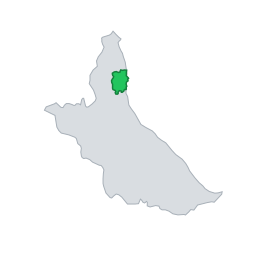 where Cantemir sits in Moldova, rotated 167°
{"feature_id": "MDA-1631", "entity_name": "Cantemir", "entity_type": "District", "adm_level": 1, "iso_a3": "MDA", "parent_name": "Moldova", "parent_adm1": "", "projection": "mercator", "projection_center": [28.284, 46.256], "detail": "fine", "context": "in_parent", "style": "filled", "palette": "green", "viewbox_px": 256, "rotation_deg": 167, "n_neighbors": 0, "source": "natural_earth", "source_scale": "10m", "svg_char_len": 2734}
<svg xmlns="http://www.w3.org/2000/svg" viewBox="0 0 256 256"><g transform="rotate(167 128 128)"><path d="M50.6,44.7L51.6,42.4L60.7,36.3L63.0,37.3L67.8,37.5L77.5,37.3L82.3,33.2L85.2,34.4L87.6,32.6L91.6,30.3L92.2,30.7L92.7,31.1L98.9,32.1L103.6,34.3L106.7,37.7L109.9,39.8L113.2,40.6L115.0,42.3L115.4,44.9L118.5,46.2L124.3,46.1L126.8,47.8L125.9,51.2L126.5,52.3L128.6,51.2L130.1,52.2L131.0,54.7L131.9,55.9L134.8,51.9L138.0,52.3L145.6,54.0L149.6,62.1L152.1,65.1L154.4,66.3L157.2,65.0L159.6,63.5L161.1,64.2L164.1,69.6L164.8,76.6L164.8,79.5L163.7,84.3L162.2,89.3L160.9,92.6L161.5,95.3L162.6,97.5L164.4,98.2L170.2,102.7L172.4,105.8L175.6,108.1L178.0,108.2L179.3,109.5L179.7,111.1L179.4,115.1L178.0,118.8L178.2,121.2L180.4,124.0L180.6,127.3L180.7,129.4L181.9,131.0L187.2,134.6L194.2,138.1L196.0,141.1L197.1,144.9L196.7,151.2L196.3,156.7L205.4,164.1L204.3,165.5L202.9,167.0L194.2,168.1L192.4,168.8L188.7,163.2L186.7,162.5L184.8,164.5L182.6,165.7L180.0,165.1L177.2,163.4L175.7,162.2L174.6,162.0L172.8,163.2L170.5,162.7L169.0,161.3L166.7,166.1L165.4,167.1L164.5,166.9L164.4,158.9L163.7,157.7L162.0,157.5L157.7,159.4L153.7,161.9L152.3,164.1L152.5,168.0L153.1,172.7L155.8,179.9L154.3,183.0L153.2,187.9L148.9,192.4L144.0,195.0L143.6,200.4L140.9,204.1L136.3,207.8L133.1,212.2L133.9,215.2L134.1,218.1L133.6,220.0L133.5,221.5L132.2,222.2L125.2,222.7L123.1,223.6L120.8,225.7L118.6,221.8L116.4,218.3L114.8,216.4L115.5,215.5L117.2,214.6L118.5,213.4L118.4,209.2L117.4,204.4L116.6,202.1L116.5,198.5L115.9,192.8L116.7,182.3L120.3,169.0L122.2,162.3L121.3,158.7L122.0,150.2L120.5,146.0L118.1,140.5L114.6,128.5L110.3,124.3L105.0,119.7L102.8,116.2L101.3,112.3L98.1,108.5L94.5,105.0L90.2,96.2L87.9,92.2L87.2,91.1L82.3,85.5L79.7,80.4L78.4,76.2L77.6,72.3L74.1,64.5L71.0,58.7L68.0,54.6L66.6,51.6L63.1,47.9L58.1,45.0L54.8,44.5L50.6,44.7Z" fill="#d9dde1" stroke="#a8b0b8" stroke-width="1"/><path d="M116.3,184.6L117.1,182.5L117.4,180.9L117.9,179.4L117.7,178.9L117.5,178.4L117.2,178.1L116.4,176.7L116.3,176.2L116.8,175.9L117.3,175.8L117.4,175.5L117.3,174.4L117.4,173.9L117.9,173.7L118.4,173.6L118.8,173.3L119.3,172.8L119.9,171.5L120.0,171.3L119.9,170.5L119.8,169.2L119.9,168.7L120.4,168.5L120.6,168.3L120.9,166.3L121.2,166.0L121.5,165.9L121.6,166.0L122.4,166.3L123.3,165.8L123.9,164.8L124.8,164.5L125.6,164.1L126.4,164.3L126.3,164.9L126.4,165.6L128.1,166.3L129.6,165.1L129.8,163.9L130.4,163.4L131.3,163.5L132.3,163.9L132.5,165.3L131.7,166.3L132.0,167.4L134.0,168.9L134.1,170.3L133.6,172.2L133.2,174.1L133.6,176.0L133.4,177.8L132.3,179.2L131.0,180.3L130.4,181.4L131.0,182.5L131.1,183.7L130.9,184.9L128.8,185.7L126.7,185.6L125.0,184.3L123.2,184.3L122.7,185.4L122.0,186.2L120.4,185.4L118.3,185.3L116.3,184.6Z" fill="#22c55e" stroke="#15803d" stroke-width="1.5"/></g></svg>